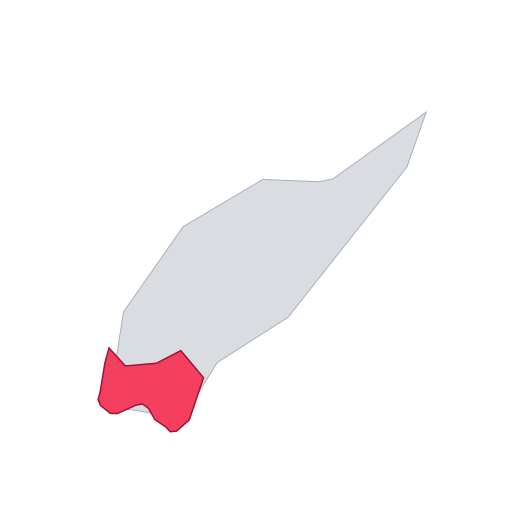 where Airai sits in Palau, rotated 29°
{"feature_id": "PLW-5245", "entity_name": "Airai", "entity_type": "state/province", "adm_level": 1, "iso_a3": "PLW", "parent_name": "Palau", "parent_adm1": "", "projection": "mercator", "projection_center": [134.557, 7.394], "detail": "fine", "context": "in_parent", "style": "filled", "palette": "rose", "viewbox_px": 512, "rotation_deg": 29, "n_neighbors": 0, "source": "natural_earth", "source_scale": "10m", "svg_char_len": 615}
<svg xmlns="http://www.w3.org/2000/svg" viewBox="0 0 512 512"><g transform="rotate(29 256 256)"><path d="M270.5,433.6L200.1,458.5L167.2,369.2L178.1,265.5L224.8,185.8L275.5,160.3L285.9,151.2L335.1,47.7L344.8,104.8L313.7,294.1L273.8,367.8L270.5,433.6Z" fill="#d9dde1" stroke="#a8b0b8" stroke-width="1"/><path d="M269.1,387.9L277.1,431.7L271.4,447.7L266.1,451.3L260.4,449.3L246.8,448.1L235.9,441.4L228.7,440.4L223.3,444.6L211.1,461.0L204.9,464.3L192.4,462.1L187.5,458.1L185.8,451.1L175.5,422.2L172.1,407.7L195.0,415.5L220.9,398.1L236.1,375.2L269.1,387.9Z" fill="#f43f5e" stroke="#9f1239" stroke-width="1.5"/></g></svg>